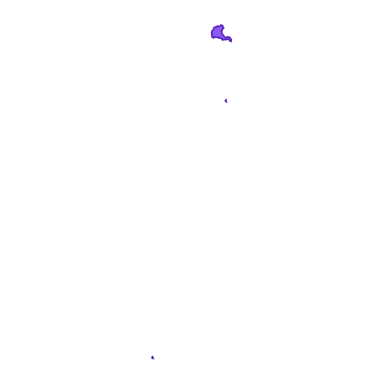 an SVG outline of Valparaíso, rotated 272°
{"feature_id": "CHL-2699", "entity_name": "Valparaíso", "entity_type": "Region", "adm_level": 1, "iso_a3": "CHL", "parent_name": "Chile", "parent_adm1": "", "projection": "mercator", "projection_center": [-76.99, -30.119], "detail": "fine", "context": "isolated", "style": "filled", "palette": "violet", "viewbox_px": 384, "rotation_deg": 272, "n_neighbors": 0, "source": "natural_earth", "source_scale": "10m", "svg_char_len": 2888}
<svg xmlns="http://www.w3.org/2000/svg" viewBox="0 0 384 384"><g transform="rotate(272 192 192)"><path d="M357.7,209.3L357.8,209.5L357.8,210.2L357.9,210.5L358.3,210.7L358.4,210.8L358.5,211.1L358.5,211.3L358.5,211.5L358.7,211.9L358.4,211.9L358.4,212.0L358.3,212.3L358.3,212.5L358.5,213.6L358.7,213.9L359.1,214.5L359.4,214.7L359.6,214.8L359.9,215.0L359.7,215.4L359.7,215.6L359.6,216.0L359.4,216.3L359.1,216.3L358.9,216.7L359.0,216.8L358.6,216.9L357.8,217.5L357.3,218.0L357.1,218.0L356.9,217.7L356.6,217.3L356.4,217.1L355.9,217.0L355.7,217.0L354.6,216.0L354.3,216.2L354.1,216.4L353.9,216.3L353.6,215.8L353.1,215.9L352.4,216.1L352.1,216.1L351.8,216.2L351.6,216.4L350.9,216.7L350.8,216.9L347.6,219.7L347.4,220.2L347.5,220.7L348.2,221.5L348.2,222.1L348.3,222.7L348.3,222.9L348.2,223.1L348.0,223.3L347.9,223.4L347.8,223.7L347.8,223.9L347.9,224.2L348.0,224.4L347.9,224.5L347.7,224.6L347.3,224.6L347.1,224.7L346.9,224.8L346.5,225.4L346.4,225.5L345.3,226.2L345.1,226.1L344.9,226.0L344.7,225.9L344.4,225.8L344.2,225.8L343.9,225.8L344.0,225.6L344.3,224.7L344.4,224.3L344.5,224.2L344.8,224.0L345.0,224.0L345.2,223.8L345.4,223.7L345.5,223.6L345.6,223.4L345.8,222.9L345.8,222.7L345.9,222.2L346.0,221.8L345.9,221.4L345.4,220.7L345.3,220.2L345.5,220.0L345.6,219.9L345.6,219.6L345.6,219.3L345.5,219.1L345.4,219.0L345.3,218.8L345.2,218.0L345.2,217.8L345.0,217.4L344.9,217.3L345.0,217.1L345.5,217.1L345.6,216.9L345.6,216.7L345.8,216.5L345.9,216.4L346.0,216.5L346.3,216.5L346.4,216.4L346.5,216.4L346.6,216.1L346.7,215.9L346.6,215.7L346.9,215.3L346.9,215.2L347.0,215.0L346.9,214.8L346.8,214.6L346.7,214.3L346.7,214.2L346.8,213.9L347.0,213.9L347.1,213.7L347.0,213.3L347.4,213.2L347.5,213.1L347.5,212.9L347.6,212.6L347.5,212.2L347.5,211.9L347.3,211.6L347.3,211.4L347.5,211.2L347.6,210.9L347.7,210.5L347.7,210.3L347.8,210.2L347.9,209.9L347.6,209.6L347.4,209.5L347.4,209.4L347.3,209.0L347.3,208.9L347.1,208.7L346.8,208.4L346.7,208.2L346.8,208.1L347.4,206.9L347.5,206.6L347.8,206.6L348.0,206.8L348.5,207.0L348.7,206.9L349.5,206.4L349.6,206.2L349.8,206.1L350.2,206.1L351.0,206.5L351.1,206.4L351.3,206.4L351.5,206.0L351.7,205.9L351.9,206.0L352.8,206.3L353.1,206.3L353.3,206.3L353.5,206.4L353.7,206.5L354.0,206.7L354.4,207.1L354.7,207.3L355.3,207.5L355.5,207.6L355.8,208.1L356.1,208.3L356.3,208.4L356.6,208.4L357.1,208.3L357.1,208.5L357.1,209.0L357.4,209.1L357.6,209.2L357.7,209.3ZM26.0,158.1L26.1,158.3L25.9,158.5L25.7,158.6L25.4,158.7L25.2,158.7L25.0,158.8L24.9,158.9L24.7,158.9L24.6,159.0L24.4,159.1L24.2,159.2L24.2,158.9L24.4,158.2L24.5,158.1L24.6,157.9L24.8,157.8L25.3,158.1L25.6,158.2L25.8,158.2L26.0,158.1ZM285.1,222.5L285.3,222.8L285.2,222.8L284.9,222.8L284.6,222.7L284.4,222.7L284.0,222.9L283.8,222.9L283.7,223.0L283.4,223.1L283.6,222.7L283.8,222.5L284.0,222.4L284.2,222.2L284.3,222.1L284.6,222.2L284.7,222.3L284.8,222.4L284.9,222.5L285.1,222.5Z" fill="#8b5cf6" stroke="#5b21b6" stroke-width="1.5"/></g></svg>